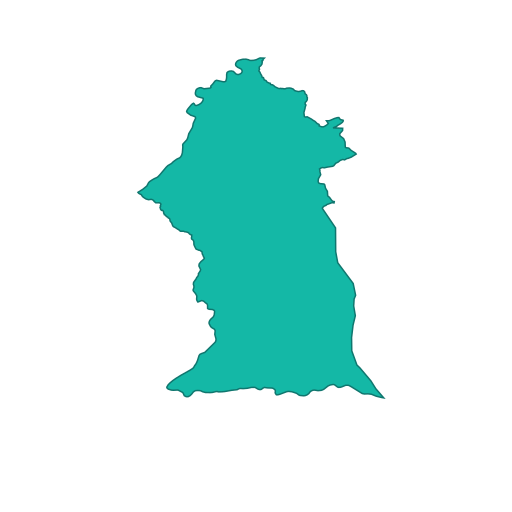 Porto dos Gaúchos, Mato Grosso, Brazil, rotated 64°
{"feature_id": "56859067B32665720516064", "entity_name": "Porto dos Gaúchos", "entity_type": "district", "adm_level": 2, "iso_a3": "BRA", "parent_name": "Brazil", "parent_adm1": "Mato Grosso", "projection": "equal_earth", "projection_center": [-56.839, -11.773], "detail": "fine", "context": "isolated", "style": "filled", "palette": "teal", "viewbox_px": 512, "rotation_deg": 64, "n_neighbors": 0, "source": "geoboundaries", "source_scale": "gbopen_adm2", "svg_char_len": 6079}
<svg xmlns="http://www.w3.org/2000/svg" viewBox="0 0 512 512"><g transform="rotate(64 256 256)"><path d="M439.5,203.4L427.8,206.5L418.6,207.5L402.0,211.7L398.2,213.1L383.2,211.5L371.1,205.8L360.7,199.1L353.2,192.9L343.7,190.1L337.7,186.7L335.0,183.7L330.7,182.6L323.3,180.7L297.9,185.5L287.1,182.5L265.6,172.2L242.4,175.5L241.7,175.0L241.0,172.8L241.2,170.9L240.8,170.0L241.4,164.3L242.5,162.6L241.4,161.8L240.7,162.8L240.0,163.3L238.6,163.7L235.6,164.2L233.4,165.2L229.2,163.5L225.5,163.8L222.1,163.0L221.1,163.3L219.0,166.7L217.9,167.6L216.8,167.6L216.1,167.4L213.9,166.0L211.3,162.2L207.7,161.5L207.1,161.0L205.6,160.8L205.4,159.4L205.5,157.7L206.7,155.9L207.4,152.8L209.0,147.7L208.9,146.4L207.6,143.7L207.6,140.9L207.0,138.5L207.2,135.9L207.7,135.1L208.4,134.3L208.4,133.0L208.2,131.8L208.6,130.5L208.9,127.0L208.3,121.3L207.4,121.4L202.6,124.3L199.9,125.2L199.2,125.9L198.3,127.5L197.4,128.0L195.8,127.4L192.6,126.0L188.9,125.8L185.1,127.7L184.1,127.7L182.8,127.1L181.2,123.2L179.2,122.1L174.6,130.6L174.8,126.6L174.4,125.2L174.2,122.1L173.7,119.7L172.8,118.3L172.1,118.2L170.6,120.1L169.8,120.5L167.9,120.8L167.3,122.2L166.8,125.2L166.6,130.2L166.4,131.1L165.3,133.4L168.6,132.9L169.3,135.1L169.5,137.6L169.4,139.0L168.6,140.4L166.7,142.2L165.9,141.7L165.1,141.8L163.9,142.9L160.8,144.0L158.9,145.3L157.2,146.2L153.3,149.0L152.9,150.5L151.9,151.4L148.1,150.1L144.8,147.2L143.7,146.5L142.2,144.9L141.1,145.3L139.5,144.4L139.2,143.1L138.1,141.5L136.2,140.4L135.1,140.5L134.1,140.0L133.1,140.0L131.9,140.7L129.5,140.3L128.3,140.9L127.6,142.1L127.5,143.5L126.8,145.8L125.3,147.7L124.2,148.8L122.4,149.3L120.6,150.9L119.7,152.2L118.6,154.9L118.5,156.3L118.1,157.4L117.2,158.5L116.8,159.6L116.2,160.1L115.9,161.3L115.2,162.4L112.3,164.7L110.5,165.4L109.3,166.2L108.8,167.1L108.2,167.7L107.1,167.4L106.3,168.4L104.6,169.8L102.7,170.1L101.3,171.4L98.9,171.1L98.3,172.1L96.0,171.8L94.8,172.0L92.3,171.9L90.9,172.3L89.6,170.9L88.7,170.9L87.5,170.1L87.1,168.3L86.1,166.5L84.3,165.3L83.3,165.2L83.3,164.1L82.3,163.3L81.8,161.8L80.0,165.1L79.7,166.1L79.7,169.7L79.1,172.3L78.1,174.7L77.4,175.9L76.4,176.6L74.7,178.7L73.3,181.8L72.5,185.9L72.6,187.2L73.1,188.5L73.9,189.7L74.9,190.4L75.6,190.6L76.4,190.6L78.4,189.7L81.1,187.6L82.0,187.3L83.1,187.2L84.2,187.6L84.8,188.3L85.3,189.3L85.4,190.6L85.2,192.3L84.5,193.4L83.8,194.1L80.2,195.4L78.9,197.0L78.2,198.9L78.1,200.2L78.4,201.6L80.1,202.9L82.4,204.0L83.8,204.9L84.9,205.8L85.7,206.7L85.6,207.9L85.1,209.0L80.8,214.4L80.7,215.8L81.2,217.0L82.3,219.1L83.5,222.2L84.8,222.6L84.9,223.9L82.9,229.4L80.6,231.6L80.1,232.9L79.9,234.5L80.1,236.4L80.8,237.4L82.8,239.0L83.9,239.5L85.6,239.5L87.2,238.7L89.6,236.0L90.2,235.2L91.2,234.3L92.3,234.9L93.5,236.1L94.5,238.2L94.9,240.8L94.8,242.1L94.7,243.2L94.4,244.1L93.6,244.7L92.1,244.8L91.3,245.2L91.4,246.5L91.7,247.7L93.8,252.4L94.8,254.1L95.7,255.0L97.0,255.0L100.9,252.9L101.8,251.9L103.8,250.0L104.6,249.6L105.7,249.9L109.2,254.2L111.4,255.8L112.7,256.9L116.6,262.8L119.7,265.4L121.2,267.1L123.3,272.5L124.0,273.2L125.8,273.9L130.9,276.9L132.7,278.5L133.8,280.1L134.3,281.5L134.2,284.4L134.5,286.4L135.0,289.1L135.8,291.4L136.1,295.5L136.8,297.7L140.8,306.7L141.8,309.4L142.0,310.6L141.9,313.6L142.1,316.3L142.5,319.1L143.1,320.5L145.2,323.4L145.5,324.6L146.4,328.4L147.0,334.2L148.1,334.0L149.8,332.9L150.5,332.2L152.5,332.0L153.8,331.5L156.5,329.9L158.3,327.9L159.1,325.4L159.9,324.5L161.4,323.6L162.2,323.7L164.3,322.7L165.8,319.5L167.0,318.7L168.0,318.9L168.8,319.9L169.7,320.1L170.1,320.9L172.4,321.3L173.6,320.9L174.0,320.0L174.8,319.7L175.8,319.7L177.0,320.2L177.7,320.0L178.6,320.3L179.3,319.7L181.4,319.1L182.3,318.3L183.3,318.2L184.4,317.3L185.6,317.4L186.6,317.8L187.4,317.8L189.2,317.3L192.4,317.6L193.5,317.3L194.9,316.2L197.6,314.6L198.3,314.0L200.0,313.4L200.7,312.9L202.0,310.2L203.0,309.4L203.7,308.2L205.4,306.5L207.0,306.1L208.1,305.5L208.9,304.6L210.6,305.4L211.4,306.1L212.5,306.4L213.8,305.7L214.8,305.5L216.1,305.7L218.3,306.7L219.5,306.9L222.1,306.9L223.6,306.8L224.6,305.8L225.6,305.0L226.5,303.8L228.7,302.7L230.6,303.4L231.7,303.3L233.7,303.5L235.0,303.3L235.6,303.6L236.4,305.8L236.9,307.9L238.1,310.4L239.1,311.2L240.1,311.7L243.9,311.7L245.0,312.7L246.6,315.5L247.7,316.0L248.8,317.3L249.3,318.7L250.2,319.7L252.3,323.6L253.9,324.7L255.5,324.9L257.0,325.5L259.0,327.5L260.0,327.6L263.4,326.8L265.7,326.7L266.8,327.1L268.7,328.3L270.2,328.6L271.9,328.4L272.2,324.6L272.7,323.8L273.7,322.8L276.0,321.9L277.6,321.0L279.0,321.1L281.9,322.5L282.7,322.1L283.5,321.2L285.0,318.6L286.6,317.4L287.7,317.5L290.8,319.5L292.0,321.1L293.0,324.5L293.6,325.6L294.3,326.6L295.6,327.6L296.6,327.8L299.6,327.7L301.1,327.1L303.5,325.5L305.2,325.4L308.4,327.4L313.1,328.3L314.4,329.1L315.3,330.0L315.8,331.1L320.2,344.3L319.8,347.7L319.8,349.5L320.5,350.8L324.2,354.3L325.7,356.0L327.0,357.8L327.5,359.0L328.8,360.8L329.3,362.1L329.7,365.3L330.3,375.8L330.9,381.6L331.5,385.3L332.3,388.7L333.2,391.3L334.8,393.7L336.0,393.8L337.2,393.2L339.3,391.0L340.4,389.2L342.0,385.4L342.6,384.6L346.3,381.9L347.2,381.6L350.1,381.7L351.5,380.7L352.2,379.8L352.7,378.5L352.6,376.4L351.9,374.3L350.8,372.1L350.5,370.7L350.5,369.4L351.3,367.4L352.3,365.6L353.2,364.5L354.5,363.6L356.5,361.3L358.8,356.8L359.5,355.0L360.3,351.4L360.8,350.2L361.5,349.6L363.0,346.4L364.1,343.5L366.1,336.5L367.9,331.5L367.8,329.7L368.1,328.3L369.6,325.6L371.1,321.7L372.1,317.7L373.6,314.5L376.5,312.6L377.5,311.5L378.0,310.6L378.2,309.6L377.8,307.7L377.8,306.1L379.5,303.6L381.7,299.5L382.3,298.8L384.3,297.6L385.7,297.7L387.3,298.7L388.3,298.8L389.7,298.5L390.3,297.3L390.7,295.3L391.4,287.8L392.0,286.0L393.8,283.2L396.6,280.3L397.7,279.4L399.6,278.5L400.6,277.6L402.5,274.5L403.0,273.2L403.2,271.1L402.8,268.8L401.9,267.2L401.5,265.4L401.6,263.7L402.1,262.3L404.2,259.3L405.3,256.4L405.5,255.0L405.5,253.4L404.4,248.3L404.4,246.9L404.5,245.7L405.3,242.9L406.1,241.9L409.6,240.1L410.3,239.3L410.9,237.9L411.2,236.4L411.5,232.1L412.4,230.2L413.0,229.3L415.4,227.6L426.2,220.8L427.5,219.1L428.9,215.9L430.8,212.9L434.7,209.4L438.2,205.2L439.5,203.4Z" fill="#14b8a6" stroke="#0f766e" stroke-width="1.5"/></g></svg>